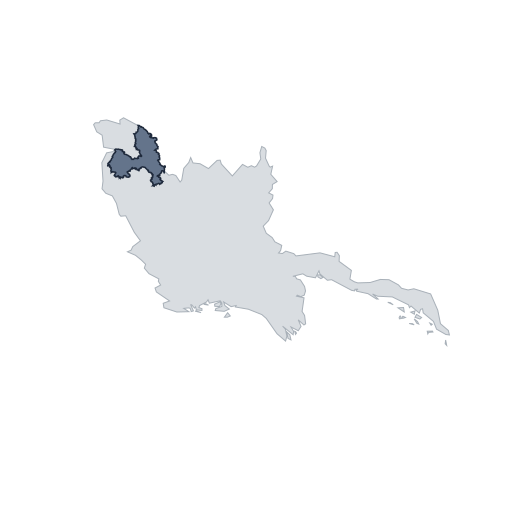 Myitkyina, Kachin, Myanmar shown in context, rotated 304°
{"feature_id": "60261553B87045265182451", "entity_name": "Myitkyina", "entity_type": "district", "adm_level": 2, "iso_a3": "MMR", "parent_name": "Myanmar", "parent_adm1": "Kachin", "projection": "albers", "projection_center": [97.226, 25.827], "detail": "fine", "context": "in_parent", "style": "filled", "palette": "slate", "viewbox_px": 512, "rotation_deg": 304, "n_neighbors": 0, "source": "geoboundaries", "source_scale": "gbopen_adm2", "svg_char_len": 9513}
<svg xmlns="http://www.w3.org/2000/svg" viewBox="0 0 512 512"><g transform="rotate(304 256 256)"><path d="M329.5,231.9L324.5,229.6L320.9,231.9L315.4,231.2L316.0,236.0L312.9,237.6L307.3,237.2L304.0,244.6L292.4,246.6L284.8,245.3L280.6,251.8L280.3,259.2L278.3,263.7L279.2,271.4L274.2,273.4L271.1,273.0L272.8,276.5L276.7,278.0L279.1,286.0L278.4,289.1L294.4,307.3L299.4,321.7L303.2,319.7L304.4,321.1L302.9,324.9L298.0,327.9L297.4,343.1L289.3,346.8L289.6,351.9L290.6,355.4L297.9,365.5L306.1,372.2L310.7,379.5L311.7,390.2L310.6,394.7L312.9,401.1L317.1,405.2L322.2,422.0L312.7,437.0L303.0,446.8L301.8,457.1L298.7,460.5L297.1,457.3L296.3,446.6L301.0,439.7L302.4,426.4L305.4,423.6L303.8,422.3L300.0,423.3L301.2,412.5L299.0,412.1L300.8,409.8L298.3,391.9L290.7,379.4L289.7,373.9L288.6,381.3L287.7,379.9L287.4,369.9L283.1,359.1L283.6,358.1L285.6,359.1L283.7,356.6L282.2,357.2L281.0,354.5L278.6,331.9L275.8,328.7L276.9,319.0L278.9,316.5L271.2,317.5L267.6,309.3L267.4,304.8L259.8,297.9L261.1,300.1L259.8,302.4L261.0,306.2L257.9,313.3L254.7,316.6L250.5,317.9L247.3,315.8L246.6,312.1L245.3,312.0L248.2,319.2L235.8,325.2L233.9,329.5L227.5,335.1L225.6,334.3L226.7,326.7L222.8,332.7L217.7,332.8L216.7,324.7L214.6,329.3L211.5,330.8L212.7,317.3L211.8,321.2L206.8,326.4L202.0,328.1L203.3,316.9L210.0,299.4L210.7,293.6L207.6,279.4L202.2,267.4L203.8,267.2L200.1,263.7L199.8,254.9L197.5,258.0L197.1,263.5L192.4,260.6L188.0,252.7L189.9,252.1L195.1,255.9L198.0,253.9L198.9,251.4L190.8,243.7L192.9,240.7L190.3,240.7L183.3,236.9L181.3,237.5L182.1,240.7L180.6,241.6L178.0,236.6L180.1,234.3L178.4,234.1L179.6,229.9L179.0,229.2L175.5,234.8L173.7,233.4L175.9,230.6L175.1,228.9L172.2,225.4L172.3,231.5L165.3,221.7L161.6,208.6L164.9,205.5L170.4,209.5L170.5,193.5L173.0,190.2L178.6,193.2L180.4,189.2L182.7,188.2L181.5,177.2L183.5,170.2L187.4,169.1L188.5,163.4L189.2,155.7L187.6,147.1L191.0,149.2L194.9,148.6L204.0,151.7L207.6,141.8L216.5,125.5L213.4,121.7L214.0,119.4L221.6,110.9L225.5,103.3L224.0,96.4L225.6,90.8L232.5,87.3L247.2,76.0L258.0,74.5L262.5,79.0L265.5,79.4L261.0,68.8L270.1,60.9L269.9,54.5L274.1,47.9L276.5,48.2L278.7,51.4L281.1,51.4L285.3,56.2L289.4,69.5L292.5,67.1L296.5,68.9L298.5,88.6L297.5,100.1L295.1,102.8L297.0,107.5L293.1,109.2L290.5,113.8L286.6,114.2L284.0,120.5L280.1,121.4L277.9,126.3L278.4,130.0L275.3,132.2L274.2,138.6L277.0,141.1L277.9,144.5L274.9,151.7L277.4,152.0L288.3,147.1L295.9,148.0L301.1,146.8L297.9,151.7L301.2,158.0L301.9,167.7L313.5,170.3L315.4,172.7L312.9,175.8L309.1,191.6L324.4,193.6L325.0,199.6L328.3,201.7L328.8,205.1L330.9,206.1L339.1,205.7L343.8,201.5L350.0,199.5L350.4,203.0L349.1,205.5L342.4,209.2L337.9,216.6L337.6,218.1L339.8,219.5L332.0,222.6L329.5,231.9ZM192.9,248.6L197.8,251.7L196.8,253.8L193.6,253.9L191.3,250.0L192.9,248.6ZM292.4,402.7L295.8,407.1L292.5,410.2L292.4,402.7ZM191.9,268.2L189.3,266.5L187.6,264.0L193.1,264.2L191.9,268.2ZM297.4,421.8L297.6,427.7L295.4,427.1L294.1,422.1L297.4,421.8ZM209.5,328.2L206.0,331.9L205.6,328.6L210.3,324.0L209.5,328.2ZM275.6,323.5L273.5,322.4L273.3,318.9L274.9,317.9L276.1,319.6L275.6,323.5ZM290.6,429.0L290.1,427.1L292.3,422.3L292.0,426.5L290.6,429.0ZM289.4,440.0L292.4,444.3L291.9,445.2L289.2,441.8L287.5,442.0L289.4,440.0ZM299.3,418.5L296.3,419.8L296.0,415.7L299.3,418.5ZM292.4,460.2L288.5,464.1L289.0,461.9L292.4,460.2ZM177.1,237.2L178.3,242.1L176.2,236.3L177.1,237.2ZM292.4,393.4L292.3,397.0L291.3,391.1L292.4,393.4ZM188.3,241.0L188.7,244.1L186.7,239.7L188.3,241.0ZM288.6,414.3L286.3,412.5L287.1,411.2L288.2,411.5L288.6,414.3ZM286.9,409.0L285.5,411.5L284.1,410.0L285.2,409.0L286.9,409.0ZM287.4,423.5L287.4,425.6L285.7,420.7L287.4,423.5ZM214.7,332.7L213.1,332.6L215.2,330.2L215.4,331.1L214.7,332.7ZM298.0,440.3L296.5,439.9L297.6,437.6L298.0,440.3Z" fill="#d9dde1" stroke="#a8b0b8" stroke-width="1"/><path d="M274.1,133.3L275.1,132.3L275.4,132.3L276.6,131.7L277.7,130.6L278.3,131.0L279.0,131.0L279.7,130.5L279.4,129.8L278.9,129.8L278.3,129.1L278.3,128.2L278.0,127.5L278.2,126.1L278.1,125.2L278.5,125.3L279.2,124.3L280.4,121.0L281.2,121.2L281.9,122.3L282.4,122.1L283.6,121.2L283.9,120.2L285.1,120.1L285.3,119.6L285.7,119.1L285.8,118.2L286.6,118.3L286.8,117.7L286.7,117.3L286.9,116.7L286.3,115.5L286.8,115.2L287.5,114.4L287.4,113.7L287.1,112.9L288.9,113.4L290.1,114.7L290.7,114.0L291.3,113.9L291.4,113.6L291.9,113.6L292.1,112.1L293.0,111.5L293.2,111.0L293.1,110.4L293.4,109.9L293.3,109.4L293.7,108.8L294.2,108.4L294.2,108.2L294.5,107.9L295.1,107.9L295.4,108.3L296.7,108.9L297.1,108.5L297.4,108.5L297.6,107.9L298.0,107.7L298.0,106.7L297.7,106.5L297.5,105.8L296.7,104.9L296.2,105.0L295.8,103.1L295.7,102.7L295.4,102.7L295.5,102.4L295.2,101.7L295.5,101.2L295.9,101.5L296.3,101.1L296.8,101.2L297.1,101.6L296.9,102.2L297.1,102.4L298.1,101.6L298.0,100.9L298.3,100.8L298.5,100.5L298.3,99.6L297.9,98.9L297.5,99.1L297.2,99.0L297.4,97.5L298.4,96.3L298.3,95.9L298.8,94.9L298.6,94.6L298.9,93.3L298.7,92.9L298.8,91.6L299.1,91.3L299.3,90.8L299.3,90.3L298.9,89.4L299.1,88.8L298.8,88.7L298.5,88.3L298.7,87.8L298.9,86.3L298.7,85.8L298.3,85.2L298.0,85.8L297.5,86.2L296.8,86.4L296.2,87.4L295.7,87.5L295.3,87.2L294.8,87.3L293.5,88.2L292.6,88.2L292.1,88.0L291.6,87.4L291.1,87.8L290.9,87.7L290.1,87.8L289.8,87.3L289.4,87.3L289.0,86.5L288.3,87.9L287.7,88.7L287.3,88.8L287.1,89.3L286.7,89.4L286.4,89.9L286.2,89.9L286.1,90.2L285.8,90.3L285.8,90.7L285.6,90.7L285.3,91.3L284.6,91.5L284.5,91.8L284.2,91.8L283.7,92.3L282.7,92.3L281.9,93.6L281.1,93.1L280.4,93.4L280.0,94.2L279.8,94.3L279.2,93.8L278.8,93.9L279.2,94.8L279.3,95.4L279.1,95.6L278.4,95.9L278.7,96.4L278.6,97.1L278.4,97.5L278.0,97.1L277.4,97.3L278.0,98.3L277.8,98.8L278.4,99.5L278.5,100.5L278.3,100.7L277.8,100.7L277.4,101.3L276.7,101.3L276.2,102.4L275.7,102.8L275.4,104.2L275.2,104.4L275.0,104.2L274.6,104.4L275.1,104.9L275.0,105.2L274.7,105.3L274.4,105.0L274.2,105.0L274.1,104.0L273.6,103.0L273.2,102.9L272.9,103.1L272.0,102.8L271.5,103.0L271.4,103.6L271.2,103.8L270.8,103.3L270.5,103.4L270.3,103.2L269.9,102.0L269.3,101.4L269.3,100.7L267.6,100.4L267.3,100.0L267.4,99.7L266.8,99.2L267.0,98.9L266.9,98.2L267.4,98.0L267.8,96.9L268.1,96.5L267.6,95.8L267.9,94.9L267.7,93.9L267.9,93.3L267.6,92.6L267.6,91.6L266.9,90.3L266.9,89.7L267.0,89.3L267.4,88.9L268.2,89.2L268.6,88.9L268.6,88.4L268.2,88.1L268.2,87.2L267.9,86.8L268.2,86.5L268.9,86.4L269.2,86.0L268.9,85.1L268.4,84.8L268.4,83.9L268.0,83.4L267.6,82.0L266.9,81.4L266.8,81.0L266.2,79.9L265.5,79.6L265.4,79.8L264.9,79.8L264.4,80.7L264.1,80.9L264.1,81.2L263.5,81.1L263.1,81.5L262.2,81.0L261.6,81.2L261.3,81.0L260.4,80.9L259.1,81.3L258.2,81.1L257.8,82.0L257.3,82.1L256.3,81.8L255.1,82.0L254.8,82.4L253.9,82.1L253.3,82.1L253.0,82.3L252.6,81.9L252.3,82.3L251.8,82.3L251.5,81.8L249.9,81.5L249.4,82.2L248.3,82.3L247.9,82.6L248.4,83.0L249.3,82.9L249.7,83.3L249.6,83.5L249.2,83.6L248.9,84.0L249.0,84.7L248.7,84.8L248.2,84.4L247.9,84.9L248.3,85.8L248.3,86.4L247.8,86.7L247.5,86.6L247.1,87.5L246.5,87.6L245.3,88.1L245.3,88.6L244.7,89.0L245.1,89.0L245.2,89.3L244.9,89.8L245.9,90.1L246.0,91.1L246.3,91.3L246.5,91.8L246.5,92.1L246.9,92.7L246.8,93.1L246.1,93.4L244.1,93.3L243.4,93.5L243.3,94.0L243.6,94.6L243.2,94.9L243.1,95.4L243.2,95.6L243.8,95.8L244.0,96.5L244.6,96.5L244.9,96.6L244.8,96.9L244.9,97.0L245.4,97.1L244.9,98.0L245.2,98.1L245.1,98.3L244.9,98.3L244.6,98.5L244.8,98.7L244.7,99.1L244.8,99.1L244.9,98.8L245.0,99.1L245.3,99.1L245.0,99.2L245.4,99.3L245.3,99.5L245.6,99.3L245.9,100.2L245.6,100.3L245.7,100.5L246.3,101.0L246.4,101.3L246.2,101.7L246.3,101.8L246.4,101.7L246.6,101.9L247.0,101.7L247.3,102.1L247.5,102.0L247.4,101.8L248.1,101.4L248.8,101.9L249.0,101.8L249.6,102.6L249.7,103.3L249.0,104.1L249.2,104.6L249.9,106.1L250.6,106.3L250.8,106.8L251.1,106.9L251.5,106.9L252.4,106.4L252.4,106.0L252.8,105.7L252.7,105.4L253.0,105.1L252.8,104.0L253.2,103.1L253.6,102.9L253.4,102.5L253.6,102.3L253.8,102.5L254.1,102.4L254.3,102.9L254.9,102.9L255.2,103.3L255.4,103.1L255.9,103.2L256.2,104.1L256.8,103.6L257.1,103.8L259.5,104.0L259.1,104.4L259.0,104.7L259.3,104.8L259.6,104.4L259.7,104.7L259.9,104.7L259.7,105.2L260.3,105.6L260.6,106.3L260.6,106.6L260.9,106.1L260.6,105.7L261.2,106.2L261.7,107.2L261.6,108.1L261.2,108.7L261.1,109.2L261.2,109.8L261.1,110.8L261.4,111.3L262.1,110.9L262.4,110.4L262.8,110.4L263.6,111.1L264.4,110.9L264.7,111.6L265.4,111.3L266.6,112.2L267.1,114.0L267.4,114.2L267.4,114.9L267.0,115.8L267.0,116.3L266.6,118.1L266.9,118.8L266.5,119.3L266.1,119.1L265.6,120.2L265.6,120.7L266.3,121.7L266.5,122.3L266.0,122.7L266.0,123.1L266.3,123.4L266.2,124.0L265.4,124.2L265.3,124.6L265.5,124.8L264.9,125.1L265.1,125.3L265.3,125.1L265.5,125.3L265.1,125.5L263.9,125.8L263.8,126.2L263.0,126.3L262.9,126.1L262.5,126.1L262.4,125.7L262.1,125.6L261.6,126.8L260.7,126.6L260.1,126.1L259.6,126.3L259.0,127.5L259.0,127.8L259.3,127.9L259.3,128.7L258.9,129.5L258.4,129.8L258.2,130.7L257.6,131.1L257.2,130.9L257.0,131.2L256.6,131.1L257.0,131.6L256.8,132.2L256.9,132.5L257.3,132.2L258.2,132.1L258.6,132.5L258.7,132.9L258.8,132.7L259.7,133.0L260.3,133.8L261.9,134.8L262.0,135.5L261.6,136.1L262.5,136.4L262.7,136.7L263.3,136.5L263.8,136.7L263.9,136.8L263.8,137.0L264.4,137.3L265.1,136.7L265.7,137.0L265.7,135.5L265.4,135.0L265.5,134.4L265.9,134.3L265.9,133.7L266.5,133.8L267.0,133.6L266.9,133.4L267.2,133.0L267.0,132.9L267.0,132.6L267.5,131.8L266.9,131.3L267.3,130.6L267.1,129.4L267.5,129.4L267.6,129.7L267.8,129.7L268.1,129.9L268.4,130.0L268.6,130.4L268.9,130.7L269.1,130.6L269.2,131.0L269.8,130.5L270.7,130.5L271.5,130.9L272.1,130.7L272.4,130.9L273.4,130.3L273.8,130.2L274.4,130.8L274.5,131.5L274.2,132.4L273.7,133.3L274.1,133.3Z" fill="#64748b" stroke="#1e293b" stroke-width="1.5"/></g></svg>